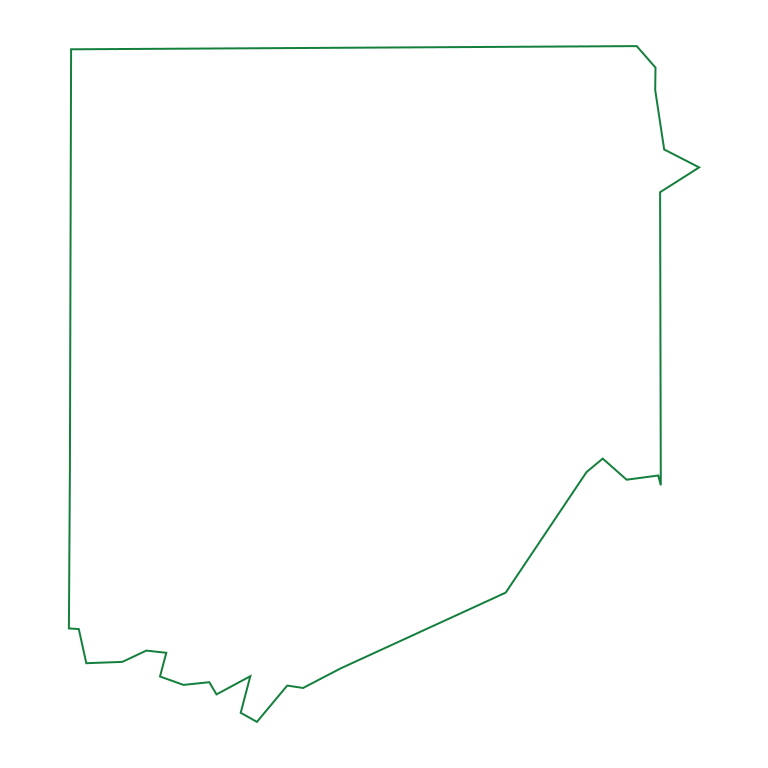 Upshur, Texas, United States of America
{"feature_id": "52423323B81614927564615", "entity_name": "Upshur", "entity_type": "district", "adm_level": 2, "iso_a3": "USA", "parent_name": "United States of America", "parent_adm1": "Texas", "projection": "equal_earth", "projection_center": [-94.917, 32.71], "detail": "fine", "context": "isolated", "style": "outline", "palette": "green", "viewbox_px": 768, "rotation_deg": 0, "n_neighbors": 0, "source": "geoboundaries", "source_scale": "gbopen_adm2", "svg_char_len": 514}
<svg xmlns="http://www.w3.org/2000/svg" viewBox="0 0 768 768"><path d="M660.8,485.3L660.2,240.0L660.1,192.2L699.1,167.4L664.2,149.5L655.2,90.1L655.5,67.6L636.7,46.1L71.1,49.3L69.9,470.1L68.9,628.4L78.8,629.1L86.3,663.2L122.2,661.9L146.3,650.6L166.3,652.8L160.0,676.5L183.5,684.9L209.3,682.2L216.5,694.4L250.3,676.2L240.7,712.8L256.9,721.9L287.1,685.7L287.6,685.6L303.0,688.0L340.6,668.4L505.7,592.6L586.5,472.1L602.7,458.6L626.6,479.7L658.3,475.5L660.8,485.3Z" fill="none" stroke="#15803d" stroke-width="2"/></svg>